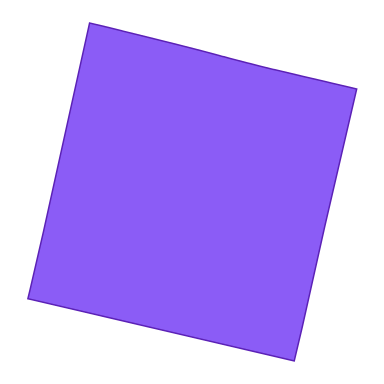 outline of Green, Wisconsin, United States of America, rotated 193°
{"feature_id": "52423323B77847893272350", "entity_name": "Green", "entity_type": "district", "adm_level": 2, "iso_a3": "USA", "parent_name": "United States of America", "parent_adm1": "Wisconsin", "projection": "mercator", "projection_center": [-89.585, 42.679], "detail": "fine", "context": "isolated", "style": "filled", "palette": "violet", "viewbox_px": 384, "rotation_deg": 193, "n_neighbors": 0, "source": "geoboundaries", "source_scale": "gbopen_adm2", "svg_char_len": 590}
<svg xmlns="http://www.w3.org/2000/svg" viewBox="0 0 384 384"><g transform="rotate(193 192 192)"><path d="M329.8,333.6L327.8,119.7L327.8,60.2L327.9,51.1L54.4,50.4L54.2,85.1L54.9,188.8L54.7,329.4L75.5,329.5L76.8,329.5L80.2,329.5L88.1,329.6L94.3,329.6L110.2,329.6L138.7,329.8L140.7,329.7L153.8,329.9L163.9,330.2L167.5,330.2L185.4,330.7L191.2,331.0L192.4,330.9L193.2,330.9L196.3,331.1L214.0,331.7L238.4,332.3L255.5,332.6L255.8,332.6L260.7,332.7L295.2,333.2L295.9,333.2L296.7,333.3L297.6,333.3L309.0,333.5L329.6,333.6L329.8,333.6Z" fill="#8b5cf6" stroke="#5b21b6" stroke-width="1.5"/></g></svg>